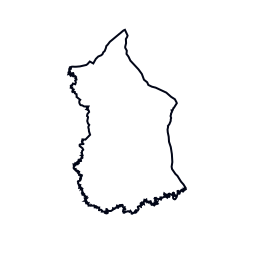 the district of Pho Tak, Nong Khai, Thailand, rotated 26°
{"feature_id": "78962969B47302686470604", "entity_name": "Pho Tak", "entity_type": "district", "adm_level": 2, "iso_a3": "THA", "parent_name": "Thailand", "parent_adm1": "Nong Khai", "projection": "orthographic", "projection_center": [102.425, 17.897], "detail": "fine", "context": "isolated", "style": "outline", "palette": "ink", "viewbox_px": 256, "rotation_deg": 26, "n_neighbors": 0, "source": "geoboundaries", "source_scale": "gbopen_adm2", "svg_char_len": 5934}
<svg xmlns="http://www.w3.org/2000/svg" viewBox="0 0 256 256"><g transform="rotate(26 128 128)"><path d="M141.1,214.6L143.6,213.4L144.1,213.6L144.4,214.4L145.9,214.3L146.6,213.8L147.0,213.2L146.9,212.8L146.6,212.5L145.0,212.8L144.2,210.3L144.6,210.2L145.7,210.9L146.6,211.0L148.0,210.6L149.1,210.0L150.3,208.0L149.8,206.7L151.4,206.6L151.7,205.0L154.1,204.0L154.0,203.6L152.3,202.9L152.2,202.6L155.1,202.2L155.4,201.5L154.4,201.4L154.3,201.0L156.6,199.6L157.2,199.8L157.4,201.0L158.8,201.5L159.7,200.7L160.2,201.7L161.1,202.1L161.0,202.6L159.9,202.7L159.6,203.2L160.1,205.2L160.4,205.3L161.3,204.9L161.0,205.7L161.2,206.0L161.8,205.8L162.6,204.5L164.6,202.7L166.1,202.7L166.4,201.4L168.3,202.3L168.7,203.3L169.2,203.3L170.3,201.7L171.8,200.9L172.4,200.1L172.1,199.6L171.4,199.9L170.8,199.8L171.1,198.4L171.6,198.2L172.4,198.6L173.0,197.9L173.1,196.1L171.8,195.2L171.4,194.4L172.5,193.2L174.1,193.1L173.4,192.0L174.2,191.2L173.8,190.7L172.6,190.6L172.4,190.1L173.1,188.8L174.5,189.6L175.7,189.5L174.8,188.3L174.2,185.3L175.4,185.1L175.8,184.4L176.1,184.9L175.8,185.9L176.1,186.3L176.5,186.2L177.0,185.5L177.7,186.3L178.5,185.4L179.3,186.0L179.6,185.8L179.7,184.6L180.4,183.9L181.4,184.8L181.6,185.8L182.6,185.5L182.6,186.4L182.9,186.7L183.3,186.6L183.6,185.2L184.0,184.8L185.2,186.1L185.5,186.1L185.6,184.9L186.2,184.7L186.4,184.4L185.4,183.6L187.7,183.3L187.9,183.0L186.9,182.6L186.8,181.6L186.2,182.4L185.0,182.1L185.4,181.2L184.2,181.1L184.3,180.4L182.8,179.8L182.8,179.1L183.7,178.6L184.3,179.6L185.4,178.7L186.5,178.7L187.5,177.9L189.0,177.9L189.0,177.5L187.6,176.2L188.1,175.8L189.0,176.2L190.4,174.3L191.5,173.6L189.5,171.8L189.3,170.9L190.6,171.2L192.7,171.0L192.4,172.1L193.2,173.3L193.8,173.4L193.9,172.4L195.3,171.8L195.3,171.2L194.9,170.8L193.4,170.7L193.2,170.2L193.3,169.5L193.9,168.9L197.2,168.9L196.8,166.7L197.2,166.2L197.7,166.2L198.0,166.8L200.1,168.0L200.0,168.5L199.1,168.7L198.8,169.1L198.7,170.2L199.4,171.3L200.2,171.7L201.3,171.6L201.7,171.1L202.0,168.8L201.3,165.2L201.6,164.8L202.8,164.7L203.1,164.3L202.7,163.7L200.5,163.6L200.2,162.9L200.7,162.5L202.9,162.5L203.0,160.7L203.3,160.1L203.8,160.2L204.6,161.0L205.3,161.0L205.6,160.0L204.6,159.2L204.4,158.5L206.3,158.5L206.7,157.8L205.2,157.1L205.2,156.5L205.6,156.3L202.6,154.4L199.2,153.0L193.5,149.4L190.7,148.5L185.6,145.6L184.2,143.7L182.8,139.2L178.8,132.1L174.8,126.4L170.9,122.4L168.4,118.0L165.6,114.4L164.2,112.0L163.5,109.3L163.0,108.7L163.5,106.5L163.3,103.0L162.6,101.4L162.4,100.1L161.0,98.6L160.7,96.8L160.4,96.3L160.4,94.2L159.5,93.0L160.3,92.6L160.1,90.1L160.4,89.8L161.0,84.3L160.4,83.7L157.5,81.6L153.1,81.1L146.9,79.4L135.2,79.6L131.3,80.4L127.4,80.4L125.2,78.5L121.2,77.6L116.8,73.4L111.7,70.7L100.6,66.4L97.1,63.6L94.2,62.1L93.0,59.0L90.3,57.1L89.8,56.0L89.1,52.6L87.1,49.0L87.3,46.4L87.1,45.1L82.2,41.1L81.2,42.3L73.9,58.5L73.2,62.1L72.6,63.8L73.1,66.1L73.3,69.1L72.6,70.8L72.7,72.8L72.1,74.3L69.9,76.8L68.8,80.0L68.5,85.2L64.5,85.0L63.6,88.3L62.9,89.6L57.8,93.7L54.3,95.8L50.8,97.4L49.6,98.5L50.4,98.9L50.7,100.0L50.2,100.4L49.3,100.2L49.3,100.7L50.1,102.4L51.0,102.4L51.2,103.0L51.1,103.7L50.2,103.8L50.1,104.1L50.7,104.9L50.8,105.7L51.5,105.1L52.1,105.1L53.2,106.1L53.6,106.2L53.7,105.5L52.9,103.8L54.7,102.7L55.7,103.8L55.1,105.1L55.3,105.4L56.1,105.6L57.9,104.5L59.0,105.0L58.8,106.2L59.8,106.3L60.5,107.1L59.7,108.4L61.1,109.8L61.4,111.8L59.0,112.2L59.1,113.9L58.4,114.4L58.1,115.3L58.8,116.0L58.9,116.9L59.5,116.8L60.2,116.1L61.1,117.3L62.2,117.2L61.8,119.1L62.0,119.8L62.8,119.9L63.4,119.0L64.4,118.9L65.1,120.1L67.0,120.2L67.3,121.1L67.9,121.7L68.1,122.6L72.7,123.6L72.4,125.1L73.2,126.7L74.6,127.9L75.5,128.2L77.0,127.7L79.1,127.9L83.0,126.0L83.0,126.9L82.2,127.7L83.2,128.4L82.8,128.5L82.6,129.2L83.7,128.8L83.8,129.4L85.0,129.5L86.0,130.6L85.4,133.3L85.9,135.2L86.9,135.4L87.4,135.9L88.3,139.6L90.1,141.5L91.8,142.2L91.8,144.2L92.3,145.2L93.2,146.1L94.3,148.0L96.9,150.7L94.8,157.1L92.8,157.9L93.0,158.6L92.1,158.5L92.5,160.4L93.2,161.2L94.8,161.7L94.9,162.0L92.6,163.4L92.0,163.9L91.9,164.4L92.5,165.4L95.9,166.1L97.3,167.2L96.8,168.5L97.2,169.8L97.0,170.7L97.9,171.1L98.4,171.9L99.0,172.3L98.1,173.2L98.8,173.3L99.1,173.9L99.6,173.9L100.1,174.8L99.8,175.4L99.2,175.6L99.3,176.8L98.3,177.6L100.0,177.9L100.2,178.2L98.8,179.3L98.0,179.2L97.7,179.6L97.7,180.0L98.8,180.3L99.1,181.0L98.4,181.2L98.3,180.6L97.5,180.6L97.2,181.1L97.7,182.0L98.7,182.2L98.7,182.6L97.6,183.3L96.8,182.7L96.0,182.7L96.0,183.6L96.8,184.0L96.9,184.4L95.1,184.6L95.7,185.5L96.5,185.8L96.3,187.0L96.8,187.9L97.5,187.9L97.8,188.5L98.1,188.5L98.9,187.9L99.3,188.9L99.8,188.8L100.1,189.2L100.9,189.5L101.2,189.3L100.9,188.6L102.1,188.5L102.6,189.0L103.3,188.8L103.4,189.1L102.9,189.8L102.8,190.3L104.4,191.0L104.6,191.6L105.6,191.4L105.6,190.8L107.3,190.7L107.4,191.5L106.3,191.9L106.7,192.5L107.0,192.0L107.4,192.2L107.2,193.5L107.8,193.8L108.1,195.3L108.0,195.5L107.5,195.4L107.9,196.3L106.4,197.9L106.5,198.3L107.0,198.5L107.5,199.8L108.5,200.3L109.8,200.2L109.6,200.8L109.2,201.2L109.7,201.7L110.2,201.0L110.7,201.3L110.7,201.7L110.2,202.1L110.4,203.2L112.1,202.4L112.4,202.6L112.5,203.3L113.0,202.4L113.6,202.5L113.7,203.9L114.7,204.7L114.8,205.4L115.4,205.6L115.1,206.7L115.5,206.9L115.9,206.1L116.9,206.4L116.0,207.3L116.2,207.9L116.5,207.9L117.0,207.2L117.8,207.3L118.1,207.7L118.5,207.5L118.9,207.7L119.2,208.4L119.8,208.0L120.4,208.7L120.9,208.3L120.9,209.4L121.8,209.1L121.6,209.7L120.2,210.4L120.6,210.8L121.4,210.7L121.7,211.7L121.3,212.3L122.2,211.9L122.4,212.9L123.3,213.9L124.0,213.2L123.2,212.9L123.5,212.5L124.6,212.9L124.6,213.8L125.4,213.7L125.2,213.3L125.5,213.0L125.8,214.3L126.3,214.4L126.6,214.9L127.0,214.4L127.9,214.5L128.7,214.1L128.6,213.4L129.5,213.6L130.8,213.1L131.3,212.5L131.9,212.8L132.6,212.6L132.9,213.9L133.9,213.5L134.2,212.4L135.1,212.6L135.4,213.1L135.8,212.5L136.5,212.6L137.0,212.2L138.0,214.5L138.3,214.4L138.5,213.7L139.8,213.3L140.8,213.6L141.1,214.6Z" fill="none" stroke="#020617" stroke-width="2"/></g></svg>